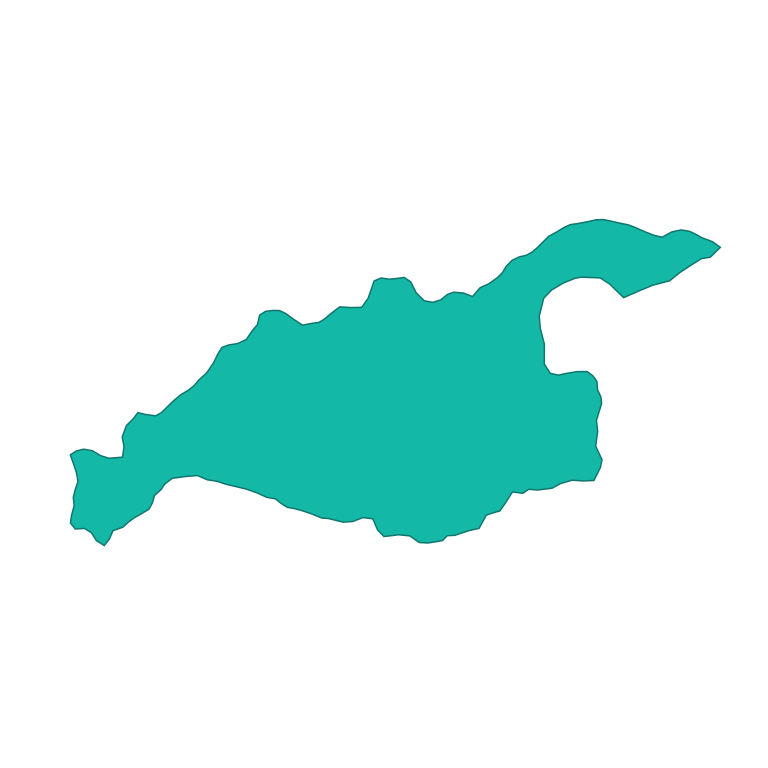 outline of Mata Verde, Minas Gerais, Brazil, rotated 109°
{"feature_id": "56859067B41981550875410", "entity_name": "Mata Verde", "entity_type": "district", "adm_level": 2, "iso_a3": "BRA", "parent_name": "Brazil", "parent_adm1": "Minas Gerais", "projection": "albers", "projection_center": [-40.707, -15.767], "detail": "fine", "context": "isolated", "style": "filled", "palette": "teal", "viewbox_px": 768, "rotation_deg": 109, "n_neighbors": 0, "source": "geoboundaries", "source_scale": "gbopen_adm2", "svg_char_len": 2583}
<svg xmlns="http://www.w3.org/2000/svg" viewBox="0 0 768 768"><g transform="rotate(109 384 384)"><path d="M145.3,110.5L142.5,119.8L142.2,131.0L140.9,138.2L140.2,145.0L141.6,153.3L146.7,161.6L154.7,168.8L155.5,177.0L155.1,187.1L154.3,196.7L154.0,205.1L155.1,213.0L156.1,222.4L157.1,230.2L159.6,236.7L164.4,244.6L169.0,252.6L172.7,259.8L177.9,265.2L183.9,270.1L190.7,276.3L197.8,279.8L205.1,283.4L210.9,286.8L216.0,291.4L219.8,297.5L225.4,303.2L233.0,306.8L239.9,308.2L246.9,311.6L255.2,317.6L261.7,324.5L272.5,328.8L272.1,338.5L274.5,347.9L278.7,353.2L286.0,357.8L290.9,364.4L292.2,373.0L287.4,383.1L278.7,392.0L276.7,399.6L280.5,407.2L283.2,413.3L284.7,421.2L289.8,426.9L297.7,426.9L308.1,426.9L318.8,430.1L322.4,439.9L325.5,451.0L334.8,457.2L342.1,461.5L347.0,465.7L350.1,471.9L354.9,480.2L352.1,491.2L349.3,499.9L348.6,506.8L350.7,513.2L353.9,519.7L359.4,524.0L369.1,523.0L377.0,526.1L386.6,528.6L393.4,535.5L397.8,543.8L402.3,549.2L409.9,550.9L419.2,552.0L431.4,555.3L440.3,560.3L447.3,563.0L453.9,567.2L460.1,572.5L468.0,577.3L475.6,581.2L483.5,585.1L488.4,589.5L490.4,599.1L491.2,607.4L498.8,609.9L507.1,614.0L519.3,614.3L527.9,609.4L538.3,607.4L543.8,620.0L544.0,629.1L542.0,638.0L543.4,646.7L547.5,653.1L553.1,657.5L560.8,651.4L568.3,645.7L575.9,641.6L583.9,641.6L592.2,640.9L600.1,637.3L609.8,636.7L617.5,635.2L621.6,628.8L618.1,620.2L619.9,612.2L625.7,604.9L627.8,596.0L620.2,593.2L610.9,592.5L604.3,584.2L597.4,580.5L591.9,576.6L586.4,571.8L579.0,565.5L572.1,564.3L564.2,564.7L556.6,560.5L550.0,558.7L542.1,553.5L536.3,542.0L531.3,530.6L532.1,519.8L530.3,510.0L530.3,501.5L529.3,491.7L528.2,479.9L528.3,468.7L529.3,457.9L527.9,449.3L530.4,442.5L532.1,435.2L531.0,428.3L530.4,419.5L530.4,410.0L531.0,399.2L529.3,392.7L528.6,385.2L527.9,377.6L524.2,368.8L517.2,360.5L515.1,350.7L524.2,342.4L528.2,334.4L524.9,327.4L521.8,321.1L519.2,310.1L522.4,299.0L520.0,290.7L516.9,284.8L513.0,277.7L506.8,274.7L504.0,267.7L495.1,256.1L489.5,247.1L474.7,244.6L470.1,238.6L466.3,233.1L456.4,230.3L444.2,227.4L442.2,217.3L436.5,212.9L434.1,204.0L427.9,191.3L420.6,184.6L413.7,174.8L410.9,164.4L406.9,154.1L392.5,152.2L384.6,153.2L373.9,163.6L359.4,166.5L349.2,171.3L331.6,171.9L325.5,174.8L319.8,180.3L312.3,183.5L308.4,188.8L306.1,196.1L309.4,205.4L315.1,215.9L318.8,221.9L319.8,230.2L313.0,238.9L294.2,245.3L280.4,254.4L269.3,259.3L250.9,260.9L240.5,256.1L229.9,247.1L222.2,238.2L218.8,232.4L213.3,214.1L216.1,203.0L224.3,185.6L212.8,173.0L203.2,162.2L193.4,147.5L182.5,140.7L172.7,133.2L162.2,124.8L157.8,116.7L145.3,110.5Z" fill="#14b8a6" stroke="#0f766e" stroke-width="1.5"/></g></svg>